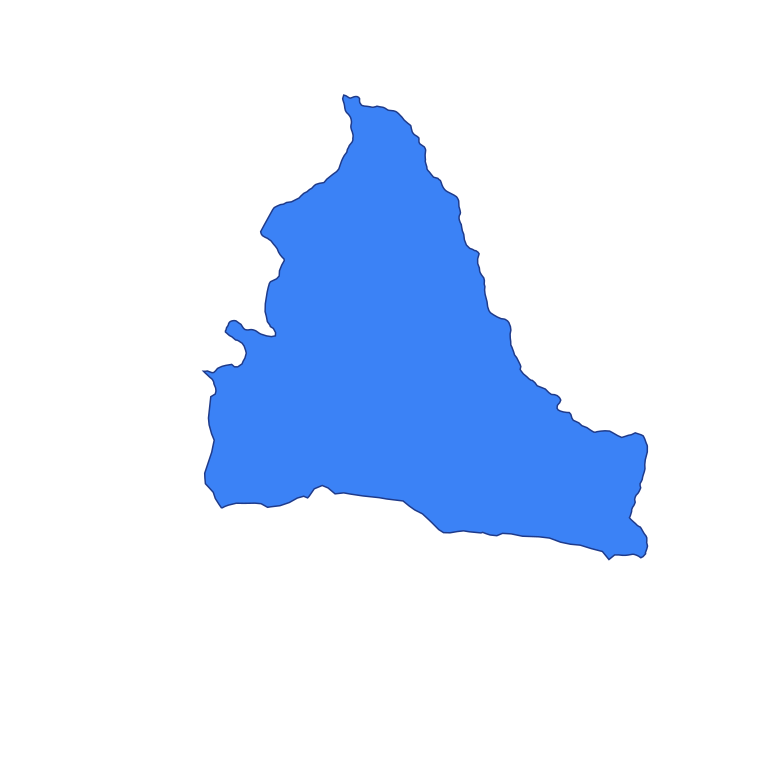 the district of Bjena, Wangdi Phodrang, Bhutan, rotated 62°
{"feature_id": "84629894B58732287515502", "entity_name": "Bjena", "entity_type": "district", "adm_level": 2, "iso_a3": "BTN", "parent_name": "Bhutan", "parent_adm1": "Wangdi Phodrang", "projection": "robinson", "projection_center": [90.021, 27.463], "detail": "fine", "context": "isolated", "style": "filled", "palette": "blue", "viewbox_px": 768, "rotation_deg": 62, "n_neighbors": 0, "source": "geoboundaries", "source_scale": "gbopen_adm2", "svg_char_len": 6170}
<svg xmlns="http://www.w3.org/2000/svg" viewBox="0 0 768 768"><g transform="rotate(62 384 384)"><path d="M448.7,504.9L447.9,502.7L443.8,494.8L444.6,486.2L449.5,482.2L458.0,478.8L461.2,470.7L465.5,465.2L472.9,455.2L482.1,441.6L486.7,435.7L496.2,422.1L503.6,419.0L509.6,416.0L516.7,411.0L522.7,408.9L528.7,406.9L538.3,404.0L543.2,401.2L546.4,395.5L548.7,388.5L551.0,382.7L554.5,378.1L561.0,368.3L561.3,366.5L564.1,364.1L567.1,361.2L570.9,355.6L571.5,349.5L576.0,342.1L583.4,333.2L591.6,319.0L597.7,310.2L606.5,302.4L613.0,294.6L618.4,286.4L626.6,278.3L634.4,269.8L644.6,267.8L643.2,260.6L645.1,257.0L647.2,253.9L648.6,251.3L649.6,248.8L651.0,244.5L651.8,243.2L653.7,241.4L655.6,240.0L658.0,238.8L658.0,236.3L656.7,232.7L655.7,232.4L655.0,231.6L652.9,229.3L651.8,228.3L650.8,227.4L647.2,226.5L646.1,225.7L643.2,224.2L641.4,224.0L638.2,224.5L635.6,224.6L632.1,224.7L630.6,224.9L629.6,225.7L627.9,226.7L625.2,227.5L622.6,228.5L619.5,229.6L617.3,230.1L616.0,228.4L612.9,225.3L611.1,224.2L609.5,222.3L608.6,220.5L607.4,218.9L606.3,217.7L603.6,216.9L601.9,215.4L600.6,213.7L600.1,212.2L599.5,210.6L598.2,208.6L596.2,206.1L594.0,205.6L592.2,204.7L591.4,203.4L590.6,202.2L589.4,200.7L587.9,199.6L586.5,198.3L583.5,195.2L581.4,193.4L577.6,191.6L573.6,188.9L572.4,187.8L567.6,183.4L562.8,180.8L561.6,180.4L560.1,180.3L558.3,180.1L555.2,179.6L553.2,179.5L551.5,179.5L549.7,180.7L545.1,185.1L544.9,189.5L544.0,192.4L543.5,195.5L542.8,199.2L539.3,201.9L534.5,204.9L531.5,206.9L529.1,210.8L527.4,214.7L526.1,218.3L525.8,220.1L524.9,221.4L521.7,223.3L517.8,225.3L514.9,227.8L513.8,228.8L509.8,230.2L507.4,232.0L504.9,233.9L502.4,234.1L498.5,233.3L496.2,233.8L494.9,236.0L493.0,238.6L490.8,240.9L488.7,242.4L486.7,242.6L484.3,241.0L483.5,239.2L483.0,237.7L481.2,235.5L479.2,235.4L477.9,235.6L475.6,236.5L473.5,238.4L471.8,241.1L469.0,242.5L464.2,243.9L461.1,246.5L457.5,249.6L453.7,250.1L450.5,251.3L449.6,252.5L447.2,253.7L445.4,254.2L443.6,254.9L440.5,256.2L436.3,256.9L435.0,256.9L432.8,255.0L430.7,254.7L427.5,254.6L423.0,254.5L419.6,255.1L416.7,254.5L413.1,254.0L411.9,253.8L409.0,253.7L406.0,252.2L402.6,250.9L399.1,249.2L396.0,246.7L392.6,245.4L390.6,245.2L388.5,244.9L386.3,245.3L383.9,246.6L383.0,247.5L381.3,249.9L378.2,252.4L374.4,254.8L371.0,256.6L368.4,256.9L364.4,256.2L359.7,254.4L352.2,252.6L350.6,252.0L348.1,251.0L345.4,249.2L342.8,248.6L339.8,246.8L337.2,246.1L333.4,246.7L330.8,246.8L329.2,246.5L326.2,245.3L321.6,244.7L317.5,242.6L313.7,238.9L311.8,239.1L309.4,240.3L308.8,241.3L306.7,242.6L304.5,244.6L300.0,246.0L294.4,245.3L289.2,243.3L285.5,242.9L282.0,241.8L279.4,240.9L277.3,240.9L274.6,240.5L273.0,240.0L271.3,239.0L270.5,238.2L269.8,237.1L268.7,236.1L266.6,235.4L264.9,235.0L262.5,234.5L260.6,233.6L257.4,232.1L255.9,231.9L254.1,231.9L252.7,232.1L250.1,233.5L243.9,237.8L242.2,238.7L240.9,239.1L239.4,239.4L237.4,239.5L235.0,239.3L232.9,238.9L230.8,238.7L229.2,239.5L227.7,239.9L224.6,243.2L221.1,243.9L218.2,244.4L216.0,245.0L214.6,245.1L213.5,244.8L212.6,244.3L209.0,243.6L206.8,243.1L205.2,242.0L204.1,241.6L201.1,240.2L197.9,238.0L197.0,237.4L195.5,237.1L193.6,237.1L190.7,238.6L189.6,239.2L188.7,239.6L187.2,239.6L185.8,239.1L184.1,238.1L183.0,237.7L181.1,238.4L178.7,239.8L177.6,240.3L176.1,240.6L174.6,240.7L171.2,239.9L168.6,239.1L167.5,239.4L164.9,240.6L160.4,242.3L159.1,242.5L156.7,242.9L153.3,243.9L152.1,244.2L149.7,245.2L148.6,246.0L147.3,247.3L144.5,251.4L143.7,252.1L141.1,253.5L139.5,254.7L138.6,255.8L137.8,256.9L135.4,259.8L135.2,261.3L134.5,263.8L133.7,265.0L132.5,266.4L131.0,268.4L129.5,270.7L128.2,272.2L127.2,273.0L124.2,273.3L122.5,272.7L120.6,271.6L119.0,271.8L117.5,272.9L116.8,274.2L116.3,275.8L116.1,277.7L115.8,279.5L115.1,280.3L111.6,282.3L110.0,283.9L111.5,285.4L112.6,286.5L113.8,286.9L117.7,287.6L120.0,288.3L121.8,289.0L124.5,289.7L126.7,289.6L129.3,288.8L131.1,288.5L132.8,288.4L135.0,288.8L137.2,289.6L138.8,290.6L139.9,291.6L141.5,292.6L143.0,293.1L145.0,293.5L146.3,293.6L147.5,293.9L149.6,294.4L151.3,295.3L152.3,296.1L153.9,296.9L154.9,297.9L155.5,298.8L157.1,302.6L158.4,304.2L159.7,306.2L161.9,308.1L163.6,311.8L165.4,314.5L167.1,316.7L169.5,319.3L170.9,320.8L172.9,322.9L174.2,326.1L174.9,331.1L175.4,333.7L176.3,338.4L177.9,342.2L177.7,343.3L176.5,346.8L175.9,349.9L175.8,350.9L176.2,352.8L177.3,356.0L177.3,358.1L177.5,359.3L177.8,360.5L178.1,361.7L178.0,365.3L178.3,366.5L179.1,369.5L179.9,371.6L179.7,380.2L178.0,384.8L178.0,388.4L177.0,391.2L176.7,394.9L176.7,398.1L177.8,400.4L187.5,415.3L191.6,421.4L193.7,421.9L195.9,421.7L198.6,420.1L200.8,418.4L202.2,417.8L204.4,416.6L208.6,415.9L211.2,415.3L214.4,414.8L218.1,415.2L221.2,415.0L224.6,414.3L226.5,413.6L228.2,414.1L231.0,418.5L234.9,423.1L239.4,425.8L240.7,429.4L240.4,436.2L241.4,438.0L244.3,440.8L248.0,444.0L257.4,451.1L264.3,455.0L268.9,456.1L274.2,457.7L278.6,457.1L279.9,457.4L283.0,455.6L287.7,455.6L290.5,457.3L289.3,461.2L286.4,465.1L282.1,469.3L280.8,470.2L276.9,472.2L275.8,473.1L274.6,474.3L273.6,475.7L273.0,477.1L272.7,478.1L271.9,479.7L270.6,481.2L269.4,481.7L268.1,482.0L264.2,482.3L262.0,483.5L260.5,484.2L258.7,485.1L257.6,486.6L257.1,488.0L256.8,489.1L256.7,490.5L257.0,491.6L257.6,492.7L258.7,493.7L259.5,494.8L260.3,496.5L262.1,498.1L262.7,499.1L263.7,499.6L265.4,498.9L266.4,498.6L267.3,498.2L268.5,497.8L271.0,496.1L275.4,494.4L276.5,493.0L277.4,492.3L281.4,490.1L284.9,489.7L289.3,490.4L292.1,491.1L295.8,494.6L297.7,497.6L299.6,499.9L300.2,505.1L298.6,508.0L295.2,509.3L293.3,514.9L292.4,518.6L292.2,521.0L292.1,523.7L293.3,526.6L293.9,528.9L293.3,530.5L289.6,533.8L288.9,535.8L288.0,537.4L290.3,536.7L292.5,535.9L295.8,534.8L296.9,534.4L298.0,533.9L299.1,533.5L300.2,533.4L301.4,533.4L302.6,533.5L303.7,534.0L304.8,534.2L306.0,534.3L307.1,534.4L308.3,534.5L309.4,534.9L310.5,535.3L311.5,535.8L313.6,537.7L313.9,542.9L316.4,544.6L331.7,555.0L338.0,557.6L347.0,559.6L353.9,560.3L358.9,564.5L363.3,568.1L378.6,584.2L383.0,586.3L388.2,588.5L394.2,586.9L399.5,585.6L405.9,586.7L412.6,586.2L416.9,585.7L417.4,584.8L417.4,582.1L417.9,578.3L419.9,570.4L423.6,563.7L428.6,553.9L432.0,548.7L438.2,544.7L439.2,541.8L442.6,533.0L444.2,523.2L444.0,514.1L445.4,507.6L448.7,504.9Z" fill="#3b82f6" stroke="#1e3a8a" stroke-width="1.5"/></g></svg>